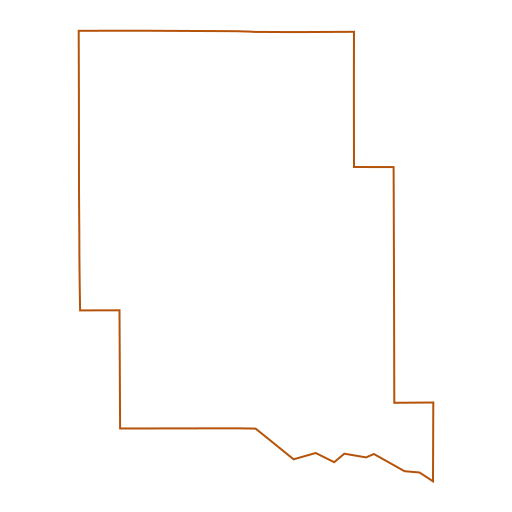 Marshall, Mississippi, United States of America
{"feature_id": "52423323B50167951251333", "entity_name": "Marshall", "entity_type": "district", "adm_level": 2, "iso_a3": "USA", "parent_name": "United States of America", "parent_adm1": "Mississippi", "projection": "mercator", "projection_center": [-89.469, 34.745], "detail": "fine", "context": "isolated", "style": "outline", "palette": "amber", "viewbox_px": 512, "rotation_deg": 0, "n_neighbors": 0, "source": "geoboundaries", "source_scale": "gbopen_adm2", "svg_char_len": 552}
<svg xmlns="http://www.w3.org/2000/svg" viewBox="0 0 512 512"><path d="M354.0,31.8L314.7,32.0L293.1,32.1L254.6,31.9L249.5,31.6L236.6,31.2L196.7,31.0L138.1,30.7L78.7,30.8L78.9,91.9L79.0,189.7L79.3,232.1L79.4,258.6L79.7,285.5L80.1,310.4L119.5,310.3L120.1,428.5L236.7,428.3L255.6,428.6L293.6,459.3L315.7,453.0L334.2,462.2L344.3,453.7L366.1,457.4L373.9,454.0L404.5,471.2L419.5,472.5L433.0,481.3L433.3,402.5L394.3,402.8L394.0,278.1L393.7,188.5L393.6,167.1L354.0,167.0L353.9,101.3L353.9,74.9L354.0,31.8Z" fill="none" stroke="#b45309" stroke-width="2"/></svg>